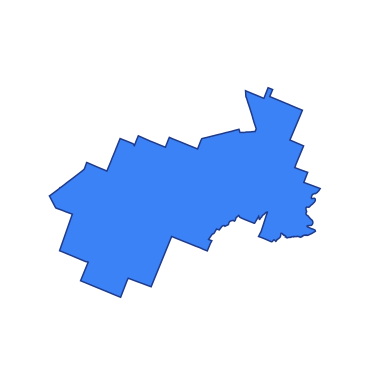 the district of Putineiu, Giurgiu, Romania, rotated 294°
{"feature_id": "2599482B3296523517134", "entity_name": "Putineiu", "entity_type": "district", "adm_level": 2, "iso_a3": "ROU", "parent_name": "Romania", "parent_adm1": "Giurgiu", "projection": "orthographic", "projection_center": [25.776, 43.909], "detail": "fine", "context": "isolated", "style": "filled", "palette": "blue", "viewbox_px": 384, "rotation_deg": 294, "n_neighbors": 0, "source": "geoboundaries", "source_scale": "gbopen_adm2", "svg_char_len": 5680}
<svg xmlns="http://www.w3.org/2000/svg" viewBox="0 0 384 384"><g transform="rotate(294 192 192)"><path d="M258.9,275.7L279.5,275.2L279.3,260.3L304.4,259.8L311.6,259.6L311.4,252.6L311.3,245.4L310.8,224.2L318.4,224.0L318.2,219.1L306.8,219.6L306.7,218.8L306.7,216.2L306.4,205.9L306.3,200.9L306.3,199.7L301.5,202.2L300.7,202.7L300.3,203.3L299.6,204.0L296.7,206.5L292.9,210.0L287.7,214.6L286.1,216.0L285.8,216.3L285.1,216.8L283.6,218.0L282.8,218.8L281.6,219.7L275.8,225.0L272.8,225.0L272.7,224.6L272.5,224.2L271.4,222.1L270.7,221.1L270.3,220.2L269.8,219.3L268.9,217.3L268.7,217.0L268.2,216.4L267.7,215.6L267.5,215.2L267.3,214.8L267.3,214.6L265.9,211.7L266.1,211.4L266.6,210.9L267.7,210.1L268.4,209.4L265.2,205.4L263.4,203.3L262.0,201.4L261.4,200.7L260.2,199.0L257.4,195.6L254.9,192.3L250.5,186.7L247.6,183.0L245.5,180.2L244.8,179.4L244.6,179.3L244.5,179.2L242.2,179.2L233.6,179.6L233.3,170.5L233.0,160.7L232.7,152.7L232.7,149.1L230.6,149.1L222.1,149.5L222.1,149.0L222.0,147.6L221.8,141.6L221.7,137.5L221.5,133.1L221.5,132.9L221.5,126.1L221.5,120.1L216.9,120.2L210.8,120.5L210.8,120.3L211.4,119.8L211.9,119.2L212.0,119.0L212.1,118.2L212.1,117.3L211.9,111.6L211.6,104.6L205.2,104.8L203.0,104.9L201.1,104.9L198.1,105.1L189.9,105.3L186.0,105.5L176.5,105.7L176.5,102.8L176.3,95.8L176.2,83.8L176.1,83.7L175.5,83.8L175.1,83.9L172.9,84.0L171.0,84.2L168.7,84.2L165.4,82.5L162.6,81.0L158.7,78.9L153.8,76.2L149.1,73.6L146.9,72.5L144.0,70.9L142.5,70.0L142.3,69.6L142.1,69.5L141.5,69.5L140.8,69.2L131.5,64.0L130.4,63.3L129.3,64.8L128.7,65.5L122.6,73.2L122.1,74.0L122.0,74.3L122.0,74.6L122.5,81.1L122.6,84.9L123.1,91.7L84.5,94.9L84.8,105.5L85.0,114.7L85.1,120.9L85.2,123.6L85.3,123.8L85.7,124.9L85.7,125.7L65.6,126.3L66.6,163.5L66.8,169.6L84.7,168.7L87.3,168.8L87.8,177.8L88.8,193.2L143.1,191.5L143.5,203.7L143.8,210.6L144.0,217.0L144.3,221.8L144.3,223.9L144.2,225.0L144.4,229.9L152.9,229.7L154.4,229.9L155.6,229.9L155.4,228.4L155.4,226.4L160.1,227.3L161.0,227.5L161.6,227.6L162.1,227.9L162.2,228.1L162.5,228.5L162.8,228.7L163.4,228.9L164.3,229.1L165.9,229.2L167.2,229.4L168.1,229.4L168.4,231.5L168.4,232.3L172.6,233.3L173.5,233.7L173.6,233.8L173.8,234.1L174.1,234.4L174.4,234.8L174.3,235.1L174.5,235.5L174.2,235.9L174.1,236.0L176.7,238.3L177.0,238.4L177.4,238.5L178.2,238.3L178.8,238.2L180.1,238.4L180.6,238.6L180.8,238.7L181.3,239.2L181.7,239.6L182.7,241.0L182.8,241.2L182.6,242.4L182.6,242.6L183.3,242.9L183.8,243.0L186.4,242.7L189.6,244.2L188.4,246.0L188.3,247.5L188.3,250.5L188.5,256.0L188.7,260.1L188.7,261.3L188.8,261.7L189.0,261.9L192.6,262.3L194.0,262.5L194.6,262.5L195.8,262.7L196.9,262.8L195.9,263.6L194.6,264.4L194.5,264.5L194.5,265.0L195.3,265.1L196.1,265.2L197.5,265.8L199.0,265.9L200.1,266.4L200.7,266.8L201.4,267.1L202.3,267.5L203.2,267.7L203.3,267.9L203.4,268.1L204.1,268.8L204.3,268.9L204.3,269.1L201.6,269.3L191.8,270.4L185.0,271.1L183.9,271.2L182.8,271.1L178.4,270.9L178.6,273.0L178.8,278.0L178.8,283.1L178.8,284.4L178.9,284.9L179.1,285.2L179.3,285.4L180.0,285.7L181.0,285.9L181.7,286.3L181.7,286.7L181.0,288.7L181.2,288.8L181.9,288.8L182.6,288.9L182.7,289.0L182.8,288.9L184.5,290.0L186.1,290.7L186.9,290.9L187.4,290.9L187.9,290.8L190.1,290.1L190.4,290.1L190.5,290.2L190.7,290.8L190.8,291.2L190.7,291.6L190.2,292.1L190.2,292.5L190.1,292.8L190.2,293.1L189.8,293.5L190.0,293.8L189.8,294.1L190.0,294.6L189.9,295.0L189.7,295.2L189.7,295.5L189.2,295.6L189.4,295.8L189.5,295.9L189.4,296.0L189.1,296.4L188.9,296.5L188.7,296.7L188.7,296.8L188.8,297.0L188.8,297.3L189.0,297.5L189.0,298.0L189.6,298.4L189.9,299.0L190.1,299.4L190.3,299.6L190.3,299.8L190.6,300.1L190.6,300.4L190.7,300.7L191.0,300.8L191.2,301.1L191.5,301.2L192.0,301.6L192.0,302.0L192.1,302.7L192.6,302.9L192.6,303.3L193.0,303.5L193.0,304.0L193.4,304.7L193.5,304.9L193.9,305.9L194.4,306.3L194.4,306.6L194.5,306.8L194.5,307.4L194.7,307.7L194.8,308.1L195.0,308.4L195.0,308.5L194.8,308.7L194.6,309.2L194.8,309.4L195.0,309.8L195.3,310.1L195.5,310.2L195.7,310.3L195.9,310.4L196.1,310.7L196.2,310.8L196.3,311.0L196.5,311.1L196.8,311.1L196.8,310.7L197.0,310.8L197.3,311.2L197.4,311.4L197.7,311.5L197.9,311.9L198.3,312.2L198.3,312.5L198.5,312.7L198.4,312.9L198.4,313.0L198.8,313.2L198.8,313.7L198.9,313.8L199.0,314.1L199.3,314.1L199.3,314.3L199.1,314.6L199.3,314.9L199.4,315.2L199.6,315.4L199.7,315.6L200.5,316.3L201.4,317.0L202.1,317.7L203.1,318.5L206.3,320.7L207.0,320.2L207.3,319.6L207.3,319.3L207.3,318.9L207.3,317.2L207.1,316.4L207.1,315.4L207.1,314.6L207.1,314.0L207.1,313.2L207.1,312.0L207.1,311.7L207.2,311.3L207.4,311.2L207.8,311.0L208.1,311.1L208.3,311.4L208.9,312.5L209.2,313.0L209.9,314.4L210.1,314.6L210.5,314.8L211.1,315.0L211.5,315.1L212.2,315.1L212.7,315.0L212.9,315.0L214.2,314.3L214.6,313.9L214.9,313.5L215.1,313.0L215.8,310.9L216.3,309.9L216.5,309.3L217.1,308.4L217.2,308.1L217.4,307.6L217.5,306.6L217.7,306.0L218.1,305.3L218.8,304.9L219.0,304.7L219.7,304.6L220.1,304.8L220.4,304.8L221.0,304.6L221.2,304.4L221.4,304.0L221.8,303.8L222.4,303.2L222.8,303.0L223.3,302.8L224.0,302.7L224.4,302.8L224.4,302.7L224.9,302.9L225.0,303.1L225.1,303.3L225.3,304.2L225.5,304.7L225.9,305.2L226.2,305.3L227.2,305.7L227.8,305.8L229.8,306.9L231.4,307.5L231.8,307.7L233.0,308.0L234.0,308.1L234.3,308.1L235.1,307.8L235.7,307.4L235.9,307.1L236.0,306.8L236.0,306.5L236.0,306.1L235.7,305.7L235.0,304.7L234.8,304.3L234.7,304.1L234.8,303.6L235.1,303.4L235.5,303.3L236.4,303.1L237.3,303.0L238.2,303.0L238.6,303.0L238.8,303.1L240.4,304.6L240.5,304.9L240.7,305.4L240.9,305.6L241.6,305.9L242.5,306.6L243.5,306.8L244.6,307.3L245.0,307.4L247.3,307.7L246.9,300.8L246.9,300.5L246.2,290.2L247.1,290.2L257.0,289.7L256.4,281.8L256.1,275.9L258.2,275.9L258.4,275.8L258.7,275.7L258.9,275.7Z" fill="#3b82f6" stroke="#1e3a8a" stroke-width="1.5"/></g></svg>